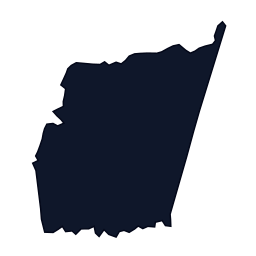 outline of Salto Veloso, Santa Catarina, Brazil, rotated 92°
{"feature_id": "56859067B73649711727745", "entity_name": "Salto Veloso", "entity_type": "district", "adm_level": 2, "iso_a3": "BRA", "parent_name": "Brazil", "parent_adm1": "Santa Catarina", "projection": "robinson", "projection_center": [-51.433, -26.893], "detail": "fine", "context": "isolated", "style": "filled", "palette": "ink", "viewbox_px": 256, "rotation_deg": 92, "n_neighbors": 0, "source": "geoboundaries", "source_scale": "gbopen_adm2", "svg_char_len": 1197}
<svg xmlns="http://www.w3.org/2000/svg" viewBox="0 0 256 256"><g transform="rotate(92 128 128)"><path d="M18.6,37.3L22.8,41.7L28.2,43.3L33.0,44.8L37.5,43.6L41.4,46.4L43.5,53.8L45.8,59.7L48.8,63.6L51.0,68.3L48.3,73.0L42.9,79.9L44.4,85.8L47.2,91.1L50.7,96.9L52.3,101.8L52.5,111.4L53.1,118.9L53.7,124.0L56.1,129.3L60.6,132.8L64.2,137.0L62.7,142.2L66.0,149.3L62.7,153.7L65.5,158.1L65.5,165.4L65.0,174.3L64.6,182.0L67.5,186.9L70.9,190.2L75.1,191.5L81.9,194.3L87.3,196.6L90.9,191.7L97.7,192.4L103.8,193.6L108.7,193.3L111.5,198.7L114.1,203.4L118.3,199.4L121.9,195.2L125.4,192.2L128.4,198.4L126.1,203.1L127.0,209.2L131.5,211.3L136.4,212.5L142.0,213.3L148.4,215.2L155.0,217.4L159.2,219.3L163.6,216.6L166.5,222.0L173.7,218.5L211.5,212.5L222.1,211.3L235.0,207.6L235.0,199.2L231.7,194.3L228.6,190.2L233.7,186.7L232.8,180.3L236.0,176.5L230.4,171.3L230.1,163.8L227.4,158.4L234.1,156.8L237.4,153.1L230.4,148.4L235.0,143.5L237.4,136.1L231.8,133.1L230.4,128.4L232.2,123.2L228.7,117.9L225.6,114.4L228.0,109.7L225.6,104.8L225.9,97.9L221.2,97.4L219.3,90.6L224.2,87.2L224.7,81.8L217.9,82.3L212.7,82.9L154.3,68.3L128.4,62.2L108.7,57.3L22.5,34.0L18.6,37.3Z" fill="#0f172a" stroke="#020617" stroke-width="1.5"/></g></svg>